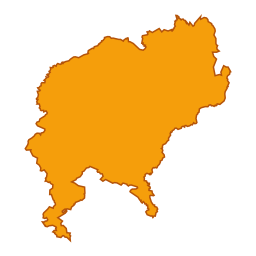 Pedro Ascencio Alquisiras, Guerrero, Mexico (Mercator projection)
{"feature_id": "50627088B24291579486400", "entity_name": "Pedro Ascencio Alquisiras", "entity_type": "district", "adm_level": 2, "iso_a3": "MEX", "parent_name": "Mexico", "parent_adm1": "Guerrero", "projection": "mercator", "projection_center": [-99.877, 18.526], "detail": "fine", "context": "isolated", "style": "filled", "palette": "amber", "viewbox_px": 256, "rotation_deg": 0, "n_neighbors": 0, "source": "geoboundaries", "source_scale": "gbopen_adm2", "svg_char_len": 5726}
<svg xmlns="http://www.w3.org/2000/svg" viewBox="0 0 256 256"><path d="M36.7,101.9L37.5,103.0L36.9,104.0L39.3,104.1L40.0,106.6L39.3,107.9L40.2,108.6L40.5,110.1L41.2,110.6L43.6,110.4L43.8,111.9L46.0,110.9L47.3,112.8L47.0,113.8L45.5,114.8L44.9,115.9L39.9,119.0L39.2,121.4L37.0,122.1L36.1,123.7L37.5,125.8L44.8,129.0L44.9,130.4L43.5,132.4L41.1,133.0L40.6,134.9L39.3,133.3L37.0,133.2L35.2,134.3L34.3,135.9L31.8,138.0L28.9,139.7L28.1,141.2L28.3,142.9L27.7,144.8L25.3,148.7L26.4,150.1L30.9,149.8L30.5,151.1L32.9,155.8L37.5,158.1L36.7,163.2L39.3,165.2L40.8,168.0L40.4,170.6L41.7,171.0L44.2,169.9L47.1,173.6L46.6,176.9L45.5,178.3L46.0,178.9L45.3,181.2L46.3,181.0L48.4,182.4L50.0,182.0L50.4,183.3L52.9,184.8L52.6,188.1L49.9,190.0L49.7,194.5L51.4,194.5L53.2,199.8L54.2,200.6L54.3,202.0L55.2,203.0L55.4,204.8L53.5,206.6L53.2,208.2L49.4,206.8L47.7,209.1L43.8,212.8L43.1,214.2L43.5,216.1L43.1,217.8L44.9,218.5L46.5,217.6L47.8,219.8L46.8,221.0L45.2,221.1L44.4,222.0L42.4,221.9L44.7,225.3L45.3,225.4L45.3,226.3L47.3,226.7L49.0,225.8L52.7,225.3L56.0,226.9L56.4,227.8L55.6,228.3L56.4,230.5L54.2,230.4L52.8,231.9L54.9,232.8L54.7,233.5L56.8,235.3L56.9,236.7L60.9,237.5L62.7,235.7L63.7,235.7L65.0,237.1L66.9,237.3L70.3,240.6L70.0,237.5L70.6,235.9L69.6,235.0L70.2,233.1L66.9,232.7L66.2,228.4L63.3,225.5L61.3,225.6L60.8,223.4L62.5,221.1L57.8,217.7L65.2,213.2L66.8,211.3L66.5,210.1L66.0,210.1L63.3,212.6L62.5,212.5L62.2,211.2L64.7,209.2L67.5,208.9L70.7,209.6L71.6,207.0L74.0,205.2L73.9,204.2L74.8,204.1L75.5,202.4L79.9,200.7L80.4,199.9L81.9,200.3L84.5,198.0L84.7,194.7L84.1,194.0L84.9,193.3L84.6,187.1L78.3,185.7L74.8,183.1L71.7,181.9L76.0,179.7L76.6,178.3L80.2,176.7L82.3,173.8L82.2,171.9L84.0,171.1L86.4,168.0L88.9,167.5L89.9,166.4L97.8,169.7L97.1,171.1L97.7,172.2L99.5,172.3L100.4,173.8L102.2,173.8L103.1,176.3L100.4,179.3L102.9,181.2L105.7,179.5L112.7,183.2L114.5,182.6L117.0,182.9L121.1,185.1L122.8,183.2L123.6,183.2L127.0,184.3L127.0,184.8L128.4,186.0L129.5,185.2L131.3,185.0L137.3,186.9L137.6,187.9L135.9,189.0L132.2,189.1L130.8,190.1L130.0,191.4L130.2,191.9L138.0,197.2L139.8,200.1L141.1,200.3L140.7,201.5L142.2,203.0L143.2,201.6L144.3,202.5L145.0,204.0L146.2,203.9L146.5,205.5L147.6,205.2L147.9,207.6L147.6,208.2L148.7,208.9L148.7,209.9L147.2,210.3L145.8,211.9L147.2,214.7L150.9,216.1L152.0,215.8L152.9,217.5L154.1,215.9L155.3,216.1L156.0,212.7L157.4,211.6L156.9,210.2L157.7,209.1L156.8,207.2L154.6,206.5L154.6,205.0L153.2,204.8L151.3,202.0L149.8,197.4L149.9,195.7L150.5,195.3L153.5,195.7L154.1,195.3L152.3,193.0L152.0,191.0L149.0,190.4L149.0,188.9L150.0,188.6L150.2,187.9L150.0,186.9L148.0,185.5L149.4,184.7L149.4,183.3L147.6,183.7L147.6,182.5L146.8,182.3L146.5,181.0L144.2,180.6L144.4,178.1L143.9,177.1L145.2,176.0L145.1,174.5L146.9,173.3L148.9,174.0L150.0,173.5L149.8,174.6L150.7,174.6L152.5,172.2L151.9,169.7L152.8,168.1L153.6,167.6L154.2,167.9L155.6,167.4L156.3,167.9L157.0,167.7L157.6,166.1L159.5,164.1L160.4,162.0L160.3,161.0L162.2,160.0L162.6,158.2L164.5,157.0L164.1,154.8L162.1,152.4L162.8,150.5L162.3,149.1L161.4,148.5L162.5,147.8L162.4,146.2L163.1,144.7L165.6,143.6L167.5,140.9L168.6,140.3L168.6,138.0L170.6,135.1L170.1,133.7L170.7,132.2L171.2,132.6L172.1,131.8L172.2,130.7L173.8,129.9L175.0,128.2L176.5,128.2L178.0,129.4L181.3,128.2L181.4,127.3L182.3,126.5L183.1,126.2L184.6,127.1L185.0,125.6L186.1,125.5L187.3,126.4L189.7,125.8L191.2,124.6L192.3,124.9L193.7,122.7L194.8,123.7L196.2,123.4L196.9,122.5L196.0,118.5L196.6,115.0L197.8,113.8L197.8,113.0L199.0,112.2L199.4,108.9L201.3,107.7L205.3,106.6L207.9,106.7L209.1,105.1L210.7,104.8L211.4,105.8L213.0,105.7L214.1,106.4L215.2,105.2L215.8,105.8L216.7,105.4L217.2,103.9L219.9,104.4L224.1,100.9L225.2,98.0L224.8,93.9L225.2,91.6L227.1,88.3L226.9,87.2L228.1,86.6L227.7,85.9L229.1,82.8L227.5,80.6L227.8,79.2L226.9,78.4L227.1,77.0L227.6,75.8L229.6,74.2L229.9,72.1L230.7,71.8L228.1,67.1L226.1,67.0L223.7,65.7L220.9,72.1L221.5,75.2L219.6,74.5L215.1,75.7L213.4,67.0L216.5,59.1L213.8,56.5L212.5,52.2L216.6,52.2L219.2,51.1L217.1,49.3L216.8,47.5L217.6,45.5L216.6,45.0L215.9,43.6L215.9,38.5L213.9,35.0L215.2,31.1L214.9,29.0L212.8,25.5L211.8,24.8L211.6,23.6L208.2,21.6L207.8,19.5L206.5,18.0L204.1,17.5L200.7,19.3L200.3,18.0L200.6,16.6L194.7,23.3L194.2,25.4L193.0,26.2L189.9,22.3L188.9,25.0L186.6,22.1L186.9,24.2L185.1,20.5L184.1,20.3L183.2,19.1L182.0,19.2L181.1,19.9L180.0,18.7L178.3,18.0L178.3,17.4L179.0,17.4L178.9,16.9L177.1,15.5L175.9,15.4L177.2,19.7L175.8,20.4L175.7,21.2L174.9,21.3L175.2,21.9L174.5,24.7L175.3,26.2L174.1,27.6L174.1,28.5L172.6,29.4L173.1,29.9L172.2,31.0L171.4,30.7L171.3,29.7L168.1,31.0L164.1,29.7L161.8,31.9L159.2,28.5L152.3,32.5L149.4,30.9L148.7,31.9L147.3,32.1L146.8,31.1L147.9,34.1L147.5,34.7L142.5,35.7L142.0,37.1L142.7,38.3L141.8,43.2L143.2,43.1L142.9,44.5L145.1,45.2L144.2,46.0L145.8,46.6L145.9,47.2L144.9,48.8L143.2,50.2L139.6,49.4L133.3,43.5L130.1,41.8L128.5,41.6L128.1,38.0L127.3,37.9L126.6,38.9L126.0,38.5L123.9,40.0L123.3,41.1L120.5,39.4L118.7,39.4L113.1,38.1L111.3,38.3L109.7,36.7L107.5,36.6L104.5,37.5L104.7,38.3L103.0,40.5L101.7,40.8L101.8,41.7L100.2,42.7L99.5,44.0L98.8,43.9L97.8,45.7L94.3,46.7L93.6,48.5L92.4,48.2L88.3,50.6L87.9,52.7L88.4,53.4L87.7,53.8L83.9,54.8L78.7,57.7L75.3,56.8L73.6,57.0L70.4,59.2L68.9,60.8L65.1,61.7L64.5,62.3L63.6,62.2L63.2,63.2L62.2,62.2L61.4,63.2L61.9,63.7L60.2,64.4L57.8,63.5L56.6,64.6L56.1,66.2L54.5,65.4L52.9,66.2L53.2,67.2L52.7,67.7L50.3,67.5L50.7,69.1L50.0,70.8L49.1,71.3L50.1,72.4L49.4,72.8L48.6,74.5L47.4,74.1L46.7,74.9L48.3,75.7L48.6,76.5L48.0,77.2L46.1,76.9L46.5,78.0L44.0,80.3L45.2,80.9L44.8,82.7L41.9,82.7L41.1,83.7L41.1,85.8L40.0,86.3L39.1,87.6L37.7,87.8L38.3,88.9L40.2,90.2L39.7,90.9L37.3,91.3L38.4,94.6L37.9,97.0L36.4,98.8L36.6,99.5L37.9,99.5L36.7,101.9Z" fill="#f59e0b" stroke="#b45309" stroke-width="1.5"/></svg>